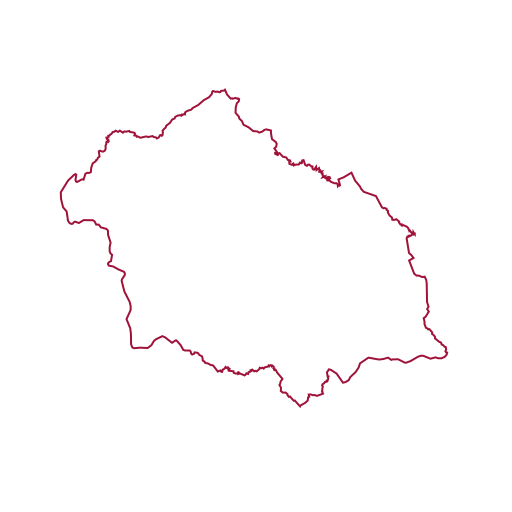 the district of Tamot, Phatthalung, Thailand, rotated 63°
{"feature_id": "78962969B20479375564270", "entity_name": "Tamot", "entity_type": "district", "adm_level": 2, "iso_a3": "THA", "parent_name": "Thailand", "parent_adm1": "Phatthalung", "projection": "orthographic", "projection_center": [100.035, 7.286], "detail": "fine", "context": "isolated", "style": "outline", "palette": "rose", "viewbox_px": 512, "rotation_deg": 63, "n_neighbors": 0, "source": "geoboundaries", "source_scale": "gbopen_adm2", "svg_char_len": 6089}
<svg xmlns="http://www.w3.org/2000/svg" viewBox="0 0 512 512"><g transform="rotate(63 256 256)"><path d="M384.0,127.3L380.9,127.6L379.5,125.3L374.7,124.5L357.8,116.3L354.6,115.2L351.0,115.1L350.3,117.4L347.3,119.9L346.4,121.8L343.5,123.1L329.5,121.6L329.3,116.6L326.0,117.1L322.8,118.3L308.5,113.7L307.5,112.4L308.1,111.6L308.1,110.3L307.4,110.4L308.2,108.5L307.5,107.3L308.4,106.2L308.0,104.9L308.8,104.7L308.0,104.3L307.6,105.0L306.1,105.0L306.8,105.5L306.9,106.1L306.2,105.9L305.3,107.1L303.8,107.2L303.6,108.0L302.6,107.5L302.1,108.0L300.3,107.7L298.4,108.3L295.5,110.6L295.4,111.7L294.4,111.7L294.6,112.3L293.6,112.4L293.4,113.0L291.2,113.4L290.5,112.8L287.0,114.2L286.6,116.3L285.6,118.1L283.4,117.4L280.6,118.6L277.2,118.8L275.8,117.9L274.2,118.7L273.2,118.2L271.6,119.6L271.4,120.7L269.8,121.7L257.1,121.9L247.8,130.8L243.8,131.9L241.3,131.8L233.8,133.5L225.1,133.1L225.7,142.1L225.2,147.8L231.1,149.0L231.3,149.7L230.5,150.6L230.8,151.3L229.1,150.6L227.5,151.4L227.0,152.9L224.0,155.5L222.4,156.0L221.0,158.1L220.2,157.5L220.4,154.7L219.2,154.6L218.2,155.8L218.9,158.3L218.0,158.8L216.6,157.9L216.8,159.3L216.3,159.5L216.1,160.9L215.1,159.3L213.6,160.0L212.6,159.2L212.2,159.9L211.3,160.1L210.6,158.8L209.8,161.4L209.1,161.2L208.6,159.9L207.2,160.3L206.3,160.0L206.9,163.1L203.8,162.0L205.5,165.0L204.8,165.8L203.7,166.0L201.9,165.0L201.3,166.1L198.8,167.0L198.2,168.1L198.8,169.7L197.1,170.8L192.2,170.1L191.8,171.3L192.7,172.4L193.8,172.6L194.0,173.5L192.8,174.6L193.9,176.2L192.5,179.5L192.5,181.4L191.6,181.6L191.1,180.7L190.5,180.7L190.9,182.8L189.0,184.4L187.1,183.6L187.5,182.4L186.2,182.3L184.9,184.0L181.9,184.3L179.7,187.0L175.0,188.3L174.9,189.5L175.9,190.8L173.7,192.5L172.8,192.1L173.5,190.9L173.2,190.1L168.5,190.8L167.7,188.3L165.4,186.6L163.5,186.6L159.1,188.7L153.4,186.9L150.9,185.7L147.8,189.4L147.5,191.3L148.0,194.2L147.5,197.1L145.7,198.2L143.3,201.9L138.1,204.1L133.4,207.5L129.4,207.3L125.8,208.5L124.2,208.0L119.1,209.2L114.4,206.6L111.3,203.8L110.3,201.1L108.5,199.8L107.4,200.5L107.5,201.1L105.8,202.6L105.3,205.4L104.6,205.8L104.3,207.1L98.9,208.5L93.8,208.2L94.2,209.2L93.0,212.2L93.7,213.3L93.6,214.1L91.9,215.8L91.6,217.2L89.5,219.4L89.7,220.3L91.6,221.9L93.2,225.7L93.5,232.1L95.2,238.8L95.4,245.2L96.2,247.2L95.6,251.0L95.7,253.5L96.2,254.3L97.6,254.9L96.8,256.2L97.0,257.2L96.3,257.9L97.1,258.8L96.1,259.6L95.3,262.3L95.4,264.9L96.5,266.1L96.3,268.6L98.3,272.2L99.2,276.9L100.6,278.2L100.9,280.0L102.1,282.5L103.8,282.9L106.0,284.6L106.1,285.4L105.1,285.8L104.8,286.6L106.2,288.8L106.3,290.9L104.8,291.4L103.6,293.1L102.2,293.7L101.0,298.2L99.9,299.1L99.4,300.3L98.2,305.2L95.5,307.4L95.5,308.2L94.0,308.3L93.3,309.6L92.0,308.3L91.0,308.3L88.1,312.1L87.1,312.1L86.2,315.4L85.2,316.8L85.7,318.6L82.5,320.4L82.8,322.6L80.6,324.2L81.0,326.0L80.5,327.5L81.6,329.3L81.6,330.9L82.2,331.8L81.8,333.0L83.3,333.6L82.6,335.5L83.9,335.8L85.7,334.8L86.9,335.2L87.3,336.0L86.3,336.7L86.6,337.7L88.3,338.6L89.3,339.9L92.2,341.3L93.5,342.8L93.6,344.6L93.0,345.8L91.4,347.1L91.3,348.5L96.4,350.3L96.7,352.2L98.1,353.9L98.0,355.1L98.8,355.8L99.3,359.4L102.6,362.8L106.2,365.0L106.3,366.7L105.2,368.8L105.3,370.7L109.7,375.0L108.7,376.1L108.8,381.9L108.0,382.5L106.4,382.4L101.9,379.2L101.1,379.7L101.0,380.9L103.4,389.1L110.6,401.0L116.6,403.8L125.1,405.8L130.3,404.5L139.2,407.5L142.0,407.2L143.6,405.9L144.0,404.8L143.2,402.9L143.3,401.6L146.2,398.8L145.8,393.3L150.0,385.2L151.9,384.1L155.5,384.1L156.6,381.9L160.1,381.2L163.7,377.2L165.4,376.5L166.6,376.5L169.9,378.2L178.1,379.5L181.5,382.3L185.5,384.3L187.3,384.5L189.6,383.7L194.7,387.5L194.7,389.5L195.4,391.2L196.1,391.6L197.9,391.4L200.4,388.1L205.6,384.6L210.1,380.8L211.9,380.7L213.5,381.7L215.9,386.0L217.2,387.0L227.9,389.4L239.5,389.4L243.6,390.4L246.7,391.9L248.1,393.3L253.4,400.0L263.4,400.9L268.6,402.8L278.0,407.4L281.4,407.7L282.8,406.5L285.0,401.0L288.8,394.3L288.0,389.7L285.4,385.6L284.8,383.2L284.9,375.9L287.1,374.0L295.2,370.2L294.7,365.9L295.1,365.2L301.3,363.6L306.6,363.4L307.8,362.4L310.2,357.9L311.6,357.6L313.5,358.1L314.8,357.6L315.0,355.7L314.0,354.5L315.8,351.9L318.6,351.3L320.8,349.7L323.3,350.1L324.4,350.8L325.9,350.6L326.6,349.8L328.2,349.8L330.1,347.4L332.4,346.0L334.0,343.9L341.6,342.5L341.9,339.5L343.4,339.5L343.8,338.8L342.1,337.1L342.2,335.8L341.1,333.5L342.3,333.3L342.4,331.5L343.0,331.3L343.6,331.8L344.6,331.0L344.9,332.3L345.8,332.4L348.5,328.4L350.0,328.9L351.5,327.5L352.2,325.9L351.5,324.8L351.6,324.3L352.6,324.1L353.2,324.8L353.4,323.6L357.2,320.4L356.9,318.8L356.2,317.8L357.5,316.6L356.1,315.3L356.5,313.4L356.3,312.3L355.4,312.6L355.5,310.9L357.9,310.0L357.9,308.9L359.1,307.8L358.1,304.0L357.3,303.4L358.3,302.4L358.5,300.8L359.8,300.3L359.2,298.6L360.0,295.5L359.3,294.6L360.3,294.2L359.7,292.9L360.5,291.7L361.5,292.0L361.4,291.0L362.8,290.5L363.9,291.4L364.4,290.9L364.5,291.3L366.0,291.5L366.6,290.1L369.3,290.1L377.6,288.2L378.9,290.9L381.0,292.7L381.6,293.7L384.6,293.5L387.6,295.2L389.9,294.1L391.2,291.5L393.5,290.7L394.1,291.1L396.4,290.7L396.6,289.5L402.1,288.1L402.3,287.1L410.0,285.0L409.4,284.2L409.2,279.0L408.3,275.6L405.5,273.6L405.6,272.5L403.4,271.9L404.1,270.2L406.1,268.2L406.5,266.8L408.3,265.2L409.1,258.8L406.9,258.8L406.7,258.2L405.6,258.0L402.5,255.7L401.3,255.9L400.4,254.8L400.4,253.3L399.6,252.0L399.9,251.1L399.5,250.3L400.1,249.8L399.9,249.2L399.0,249.2L398.9,248.0L397.5,247.0L396.5,247.0L396.1,246.1L395.3,246.7L391.9,245.6L390.1,242.4L391.7,240.8L397.3,237.6L408.4,236.0L409.0,233.3L408.7,229.7L406.7,227.0L404.6,219.8L401.9,215.1L398.9,212.1L397.6,202.0L404.1,193.4L405.6,189.3L406.5,184.5L410.0,182.6L410.1,181.4L412.5,176.3L418.7,171.7L419.2,170.8L419.8,165.9L419.3,157.5L419.7,154.4L420.9,152.2L426.7,147.2L427.8,142.1L429.8,140.1L431.4,137.1L431.5,133.5L430.5,131.0L428.8,129.5L427.9,130.4L426.9,130.5L425.6,129.0L423.3,128.3L422.8,129.0L420.0,129.9L419.2,130.8L417.2,130.4L415.7,131.7L410.6,133.9L409.4,133.2L407.4,133.5L405.3,134.5L404.2,133.7L399.9,134.7L399.5,136.0L398.6,136.0L397.0,137.2L392.9,136.7L391.2,135.7L387.5,134.8L387.2,132.6L384.0,127.3Z" fill="none" stroke="#9f1239" stroke-width="2"/></g></svg>